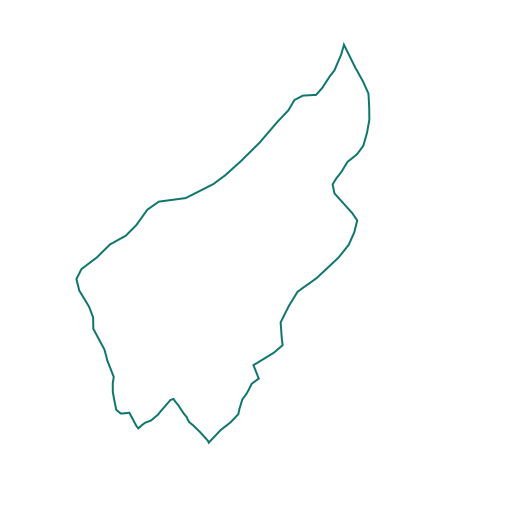 Lanny Jaya, Papua, Indonesia, rotated 138°
{"feature_id": "22746128B21145180666794", "entity_name": "Lanny Jaya", "entity_type": "district", "adm_level": 2, "iso_a3": "IDN", "parent_name": "Indonesia", "parent_adm1": "Papua", "projection": "natural_earth1", "projection_center": [138.324, -3.957], "detail": "fine", "context": "isolated", "style": "outline", "palette": "teal", "viewbox_px": 512, "rotation_deg": 138, "n_neighbors": 0, "source": "geoboundaries", "source_scale": "gbopen_adm2", "svg_char_len": 2671}
<svg xmlns="http://www.w3.org/2000/svg" viewBox="0 0 512 512"><g transform="rotate(138 256 256)"><path d="M416.8,177.1L416.1,172.7L415.7,166.7L415.4,162.7L415.4,158.8L415.4,151.7L415.4,150.7L416.0,148.9L412.6,149.2L407.1,149.6L398.8,150.3L397.7,150.2L395.8,150.1L386.3,149.4L385.1,149.5L382.5,149.7L379.5,149.9L377.7,150.1L375.1,150.3L374.9,150.3L372.9,151.8L370.6,153.5L368.5,154.7L365.2,156.7L362.3,158.5L361.9,158.6L360.1,159.0L357.5,159.5L354.1,160.3L353.9,160.4L350.9,161.5L350.3,161.7L347.8,162.7L344.7,163.9L342.1,163.7L338.6,163.3L336.5,163.1L336.0,163.0L333.2,170.5L332.3,172.9L330.9,176.6L328.7,176.2L327.6,175.9L324.0,175.3L321.1,174.7L313.4,173.3L311.8,173.0L307.5,172.2L305.1,172.1L302.7,172.1L300.2,172.0L295.9,171.9L294.2,174.4L293.0,176.1L292.5,176.8L289.9,180.2L285.5,185.8L282.1,190.2L272.2,194.1L267.5,195.9L264.7,197.0L261.3,198.0L257.2,199.2L249.1,201.6L241.2,200.8L233.1,199.8L225.3,199.0L211.2,199.3L195.8,199.6L190.4,200.5L186.0,201.2L179.5,202.3L167.4,207.7L166.7,208.1L157.0,214.7L156.5,218.5L155.8,223.1L155.8,227.2L155.8,230.5L155.8,239.8L155.8,240.6L155.8,250.0L151.1,258.0L144.2,260.0L139.2,260.8L136.1,261.4L125.1,264.7L124.2,264.7L121.6,264.5L112.9,264.0L105.0,265.6L102.5,266.1L90.9,273.4L85.5,277.6L83.1,279.4L80.5,281.5L76.5,286.1L75.5,287.2L73.9,289.0L71.8,291.5L66.5,298.0L63.7,301.6L59.6,314.4L58.2,320.7L56.9,326.2L56.6,327.6L56.2,329.6L56.1,329.8L49.3,354.1L50.3,353.4L54.6,350.8L58.1,348.6L64.4,345.7L69.4,343.4L73.6,341.4L77.2,340.8L80.8,340.2L87.9,338.3L94.2,336.6L103.5,335.5L113.8,343.8L116.5,344.5L123.1,346.2L134.4,342.6L149.9,341.4L167.1,339.2L177.7,337.8L183.0,337.6L203.5,336.6L211.5,336.6L225.1,336.6L239.5,338.0L257.7,342.9L269.5,346.1L291.8,361.4L298.9,362.3L305.8,363.1L321.7,359.6L324.6,359.0L334.2,358.5L339.3,358.2L347.7,360.2L355.1,361.9L356.7,362.3L362.4,362.0L367.8,361.8L374.9,361.4L394.4,363.1L399.0,361.3L404.9,359.0L406.2,356.6L409.6,350.2L410.5,348.5L412.1,339.8L414.0,330.0L418.1,319.4L424.2,312.4L425.6,310.8L431.2,288.0L433.7,283.0L435.7,279.2L436.3,278.1L440.8,266.2L442.7,261.2L446.5,258.2L446.8,257.9L447.7,257.2L452.8,251.4L453.2,251.0L453.4,250.8L455.1,248.0L458.3,242.8L459.7,240.4L461.8,236.9L462.4,235.9L462.7,235.2L462.7,234.7L462.0,230.1L461.9,229.4L460.3,228.1L458.5,226.8L455.0,224.2L457.8,213.1L458.6,209.7L458.7,209.2L458.7,206.6L457.5,206.6L454.7,206.7L454.4,206.7L451.3,206.4L450.0,206.3L445.7,204.6L444.0,204.0L441.7,203.9L437.9,203.8L435.2,203.7L430.1,204.5L429.8,204.5L422.6,205.4L416.1,206.2L413.0,205.1L413.4,202.0L413.6,197.1L413.8,195.9L414.7,190.3L415.2,185.8L415.2,185.7L415.3,182.1L416.0,180.9L416.7,177.6L416.8,177.1Z" fill="none" stroke="#0f766e" stroke-width="2"/></g></svg>